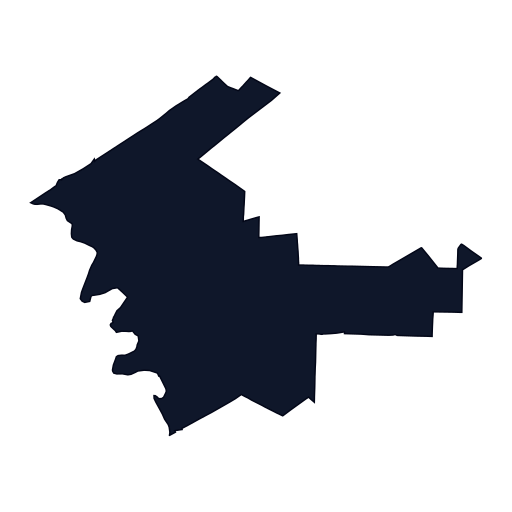 Branesti, Ilfov, Romania (Natural Earth projection)
{"feature_id": "2599482B5534804098776", "entity_name": "Branesti", "entity_type": "district", "adm_level": 2, "iso_a3": "ROU", "parent_name": "Romania", "parent_adm1": "Ilfov", "projection": "natural_earth1", "projection_center": [26.368, 44.46], "detail": "fine", "context": "isolated", "style": "filled", "palette": "ink", "viewbox_px": 512, "rotation_deg": 0, "n_neighbors": 0, "source": "geoboundaries", "source_scale": "gbopen_adm2", "svg_char_len": 5818}
<svg xmlns="http://www.w3.org/2000/svg" viewBox="0 0 512 512"><path d="M279.8,93.0L272.9,89.4L266.6,86.1L250.6,77.4L249.8,78.2L249.9,78.3L249.0,79.2L248.3,80.0L247.4,81.0L246.4,82.0L245.7,82.8L243.8,84.9L242.7,86.2L241.7,87.1L238.8,90.3L238.5,90.5L238.4,90.6L238.2,90.6L237.5,90.4L235.5,89.6L235.4,89.6L234.0,89.0L232.7,88.5L231.8,88.2L230.2,87.6L229.0,87.1L228.4,86.9L227.6,86.5L226.9,86.0L226.6,85.7L226.3,85.4L225.2,84.4L223.8,83.1L221.5,80.9L221.1,80.5L220.8,80.1L219.9,79.3L217.7,77.2L217.4,76.9L216.9,76.5L216.6,76.4L216.6,76.5L216.1,76.7L215.8,76.8L215.0,77.2L214.7,77.4L214.2,78.0L213.7,78.6L213.3,79.0L212.8,79.4L210.7,81.0L208.3,82.8L207.2,83.6L206.0,84.4L201.9,87.5L200.0,88.8L199.0,89.6L198.0,90.3L196.8,91.3L195.7,92.1L193.4,93.9L192.5,94.6L189.8,96.7L189.4,97.0L189.2,97.1L188.9,97.5L188.5,98.1L188.1,98.6L187.5,99.1L186.9,99.5L186.7,99.5L184.6,100.7L181.6,102.5L178.2,104.6L176.0,105.9L175.9,106.0L169.7,110.3L168.6,111.2L167.5,112.2L166.0,113.5L164.1,115.0L163.0,115.9L159.9,118.4L159.4,118.8L158.0,119.8L157.4,120.3L155.7,121.4L152.6,123.4L144.6,128.6L141.1,130.7L137.7,132.8L95.6,160.2L94.8,161.2L94.3,159.1L91.0,163.7L84.1,168.2L83.0,168.9L74.5,173.7L65.8,176.8L65.6,176.9L63.4,177.9L62.1,179.2L61.7,179.1L61.6,179.8L61.2,179.8L60.4,179.7L59.1,179.8L57.6,182.2L57.4,182.7L57.1,183.3L56.9,183.8L56.6,184.5L56.3,185.4L56.0,185.9L55.5,186.1L53.9,187.2L51.1,189.3L50.7,189.7L48.6,190.9L47.9,191.4L45.8,192.7L39.5,196.9L30.7,202.7L32.0,203.3L33.1,203.8L34.6,204.2L37.1,204.3L40.9,203.9L43.1,203.9L46.1,204.6L51.4,206.1L53.9,207.0L55.7,207.8L57.6,208.6L63.2,212.1L65.3,214.9L66.2,218.2L67.4,220.6L71.3,223.2L71.6,223.3L72.2,224.2L72.3,225.9L71.6,229.7L71.4,233.7L71.5,234.7L71.7,236.6L71.9,237.4L73.3,239.0L77.0,240.8L80.8,241.7L84.8,243.1L89.2,245.3L92.3,246.7L93.8,247.7L95.0,249.0L95.8,249.8L97.2,252.2L97.2,253.4L97.0,254.6L96.4,256.4L93.6,262.2L93.1,263.1L91.8,265.2L89.6,270.3L88.6,273.6L87.1,277.7L83.8,286.2L82.8,288.8L81.5,292.4L80.3,298.7L82.1,301.1L84.7,302.4L89.7,301.4L91.0,296.3L92.2,295.4L94.1,295.2L99.8,294.3L105.0,292.7L112.2,288.6L117.5,287.7L122.5,292.2L127.6,297.1L123.0,303.9L120.5,307.6L117.0,310.7L115.4,313.8L113.9,317.0L113.6,317.1L113.3,318.4L112.4,320.4L113.2,322.2L113.1,322.6L112.6,322.6L111.9,323.1L111.1,323.4L110.3,324.9L110.8,326.3L111.6,327.2L115.3,330.6L116.4,332.3L118.0,332.0L121.7,331.2L126.5,331.3L128.8,331.5L130.5,331.4L132.5,330.9L135.2,334.3L138.2,335.9L138.9,340.9L137.2,344.9L136.9,346.9L135.9,349.4L134.4,351.1L128.3,354.1L125.0,355.3L121.6,355.2L118.1,355.6L116.4,356.7L115.4,359.7L113.4,365.0L112.5,369.9L112.5,370.1L112.7,371.2L113.8,373.1L116.8,373.9L122.4,373.8L127.8,374.8L131.0,374.3L135.4,372.3L137.8,371.0L144.2,370.2L149.7,370.5L156.7,372.8L157.6,373.4L158.8,376.1L159.5,375.9L160.8,378.4L165.9,388.7L166.2,390.2L166.3,391.4L165.7,393.0L163.6,397.3L161.6,398.6L158.6,398.6L157.4,397.2L155.3,395.7L154.0,395.6L154.1,398.4L155.8,402.0L160.3,410.2L162.4,414.1L164.6,419.1L165.7,420.8L168.2,424.5L169.2,427.2L169.9,432.2L169.6,434.9L169.1,435.6L175.4,432.2L175.2,431.8L174.6,430.7L180.0,429.8L182.1,429.5L181.9,428.4L187.8,425.3L199.2,419.0L207.4,414.6L211.4,412.5L224.0,405.3L229.6,402.1L235.3,398.7L241.3,394.5L244.8,396.4L248.1,398.0L251.6,400.1L262.1,405.4L265.3,407.2L270.3,409.7L273.7,411.4L277.2,413.2L278.8,413.9L281.4,415.2L282.7,415.8L282.9,415.7L290.5,410.0L306.3,398.6L307.6,397.8L308.6,397.1L310.7,399.1L314.3,402.2L314.4,398.4L314.4,397.1L314.6,391.0L314.7,388.3L314.8,383.8L314.9,378.0L314.9,376.6L315.0,374.6L315.2,367.9L315.5,362.2L315.6,357.9L315.8,348.1L315.9,344.9L315.9,343.5L316.1,338.9L316.1,337.6L316.2,333.8L319.1,333.9L319.7,334.0L321.4,334.3L322.5,334.2L323.5,333.9L325.6,333.9L330.7,333.6L335.7,333.2L337.4,333.0L339.4,332.7L341.2,332.4L344.5,331.8L344.5,333.6L361.3,334.1L368.9,334.7L388.7,335.2L393.1,335.0L394.5,334.6L395.6,334.6L397.2,335.4L415.8,336.0L426.3,336.2L432.1,336.4L432.1,334.4L432.3,329.2L432.4,326.2L432.6,322.0L432.7,319.1L433.0,315.4L433.2,311.8L447.0,312.0L453.7,312.1L459.7,312.3L461.8,312.3L462.5,269.5L463.0,269.5L464.1,268.8L469.0,265.7L473.0,263.4L478.7,260.1L481.3,258.5L481.3,258.1L478.5,256.1L471.6,251.3L464.3,245.9L463.6,245.4L461.8,244.3L461.4,244.2L461.2,244.3L461.0,244.5L460.5,245.1L458.4,248.0L458.2,248.4L458.0,249.0L457.9,249.5L457.8,253.9L457.5,261.9L457.5,262.4L457.4,265.1L457.3,265.6L457.2,268.4L457.2,268.5L455.1,268.6L452.4,268.5L450.7,268.5L447.6,268.4L446.8,268.4L445.9,268.4L442.5,268.3L438.0,268.1L428.4,256.0L422.2,248.5L421.7,247.9L421.2,247.8L400.6,259.8L394.2,263.5L393.0,264.2L390.0,266.1L388.9,266.7L388.3,267.0L385.5,267.0L370.9,266.7L351.1,266.2L347.3,266.2L337.5,266.0L333.7,265.8L332.3,265.8L331.1,265.8L328.6,265.7L327.7,265.7L326.1,265.7L319.8,265.6L319.5,265.5L319.2,265.5L318.5,265.5L317.1,265.5L314.3,265.4L313.3,265.3L312.8,265.3L309.3,265.3L305.9,265.2L305.0,265.2L304.5,265.2L304.1,265.1L302.1,265.1L300.8,265.1L298.6,265.0L298.6,264.6L298.6,263.6L298.6,262.5L298.5,262.0L298.5,260.9L298.4,260.1L298.4,258.3L298.2,255.2L298.1,253.2L298.0,251.1L297.9,250.1L297.8,249.0L297.7,247.8L297.5,244.4L297.3,242.5L297.2,240.3L297.1,238.9L296.7,233.7L287.9,234.6L282.3,235.3L278.8,235.6L276.4,235.8L268.0,236.8L267.4,236.8L266.6,236.9L266.2,237.0L265.8,237.1L265.3,237.1L263.4,237.3L262.5,237.4L261.2,237.5L259.9,237.5L258.8,237.5L258.8,236.8L258.8,236.0L258.8,234.6L258.9,230.0L259.0,222.5L259.1,216.9L257.1,217.4L250.5,219.3L248.3,220.0L245.7,220.7L243.2,221.5L243.3,218.3L243.3,216.9L243.4,216.0L243.6,214.2L243.9,207.5L244.1,204.6L244.5,196.5L244.7,191.5L244.5,191.3L236.9,185.9L235.4,184.8L228.4,180.1L227.0,179.1L226.9,179.0L223.4,176.6L221.6,175.4L219.5,173.9L212.1,168.9L207.6,165.7L197.8,159.1L201.1,156.5L210.8,148.4L216.2,144.1L223.7,137.9L235.9,128.1L244.6,120.9L248.7,117.6L271.4,100.4L279.8,93.0Z" fill="#0f172a" stroke="#020617" stroke-width="1.5"/></svg>